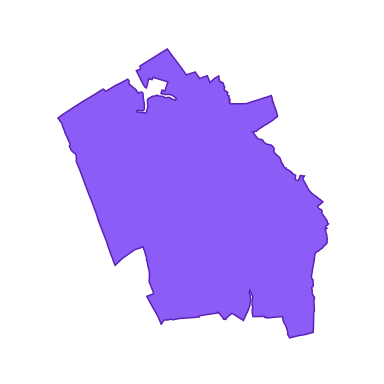 outline of Focuri, Iasi, Romania, rotated 11°
{"feature_id": "2599482B56275033874011", "entity_name": "Focuri", "entity_type": "district", "adm_level": 2, "iso_a3": "ROU", "parent_name": "Romania", "parent_adm1": "Iasi", "projection": "natural_earth1", "projection_center": [27.203, 47.342], "detail": "fine", "context": "isolated", "style": "filled", "palette": "violet", "viewbox_px": 384, "rotation_deg": 11, "n_neighbors": 0, "source": "geoboundaries", "source_scale": "gbopen_adm2", "svg_char_len": 6005}
<svg xmlns="http://www.w3.org/2000/svg" viewBox="0 0 384 384"><g transform="rotate(11 192 192)"><path d="M251.5,82.2L228.2,95.0L214.9,97.7L213.5,98.2L212.9,97.5L212.5,97.7L212.0,97.1L211.7,97.1L211.7,96.8L211.5,96.5L211.6,96.4L211.0,95.7L211.1,95.4L211.7,95.1L211.8,95.0L211.8,94.8L211.3,94.4L211.5,93.7L209.9,91.8L210.1,90.6L209.8,90.4L209.0,90.4L208.1,89.7L207.9,89.1L208.2,88.3L208.1,87.7L207.7,87.3L206.9,86.6L206.1,86.7L204.7,86.1L203.8,84.3L204.1,83.5L204.0,82.6L203.1,81.8L202.8,81.4L202.7,80.5L201.5,78.8L200.5,79.2L199.7,78.3L198.9,78.8L197.5,76.9L197.0,76.5L197.2,76.1L196.7,75.1L196.1,73.0L192.3,76.3L188.9,81.1L184.8,74.9L178.0,79.1L172.2,73.6L164.0,78.1L157.5,71.8L144.7,60.3L140.5,56.3L134.9,61.3L131.2,64.9L117.1,78.0L116.9,78.3L116.9,78.7L118.1,80.5L118.0,81.1L114.2,83.5L122.6,94.5L124.9,97.2L125.6,97.9L127.4,98.5L127.7,94.6L127.8,89.4L127.9,89.2L131.4,89.3L131.9,86.9L147.3,88.5L147.4,89.0L147.0,90.7L146.5,94.6L146.3,97.0L146.1,97.9L143.2,97.6L142.7,101.2L147.1,101.5L150.3,100.7L152.0,100.6L153.3,100.7L155.4,101.4L159.0,103.2L157.5,105.5L156.3,104.7L155.8,104.5L154.6,104.8L154.2,104.8L154.0,104.4L152.6,103.6L151.2,103.5L150.4,103.6L149.1,104.2L148.9,104.5L148.2,104.5L144.6,103.7L143.4,103.8L142.3,104.2L140.1,103.7L139.3,103.7L138.9,103.8L138.5,104.2L138.6,104.4L138.3,104.6L137.9,104.4L136.7,105.1L135.6,105.3L135.2,105.5L133.7,106.5L132.8,107.6L131.8,108.2L131.2,108.7L130.9,109.6L130.8,110.6L130.9,111.7L131.5,113.3L132.0,115.5L132.4,116.7L131.7,123.3L122.2,123.9L122.0,123.3L122.5,122.7L123.2,122.1L123.8,121.9L124.9,122.0L126.4,121.7L128.2,121.7L128.8,121.4L129.1,120.9L129.2,120.5L129.3,120.0L128.6,115.1L126.3,109.3L125.1,104.5L124.8,104.2L124.0,103.7L122.9,103.5L120.3,105.2L117.0,101.9L113.0,99.9L112.4,99.3L111.1,98.9L110.5,98.5L110.3,98.1L109.9,98.1L109.5,98.0L109.2,97.4L109.1,96.3L109.4,95.9L109.1,95.1L107.4,93.5L101.7,98.1L95.9,102.5L93.1,105.2L87.9,109.7L85.6,107.9L85.1,108.0L80.9,111.8L78.5,114.2L67.4,124.1L63.7,127.6L51.2,139.7L47.6,143.5L46.3,145.1L47.2,145.8L48.5,147.2L50.4,148.8L51.3,149.7L52.4,152.0L55.1,156.3L56.4,158.7L57.5,159.9L60.3,164.2L62.4,167.0L63.3,168.7L63.1,169.5L62.8,170.1L63.2,170.9L64.1,172.1L65.5,174.0L66.2,174.6L68.0,175.8L70.4,176.9L71.2,177.8L71.6,179.1L72.1,181.7L72.4,182.4L72.3,183.3L73.1,185.0L77.4,191.4L91.7,214.8L95.4,220.4L103.4,233.6L104.2,235.5L106.1,238.8L117.7,257.2L120.8,263.0L122.4,265.4L123.8,268.0L126.8,272.6L128.0,274.8L130.5,278.7L136.2,270.6L146.0,260.4L147.5,259.1L152.2,256.6L154.5,255.1L154.7,255.3L155.5,257.4L156.8,259.1L158.6,262.9L159.7,264.7L160.1,265.7L160.4,267.7L161.4,269.2L163.0,273.5L165.0,277.5L165.1,278.3L165.9,280.6L166.2,282.4L166.2,283.2L166.6,285.0L166.8,287.1L167.0,288.0L167.5,289.0L173.0,297.5L173.6,299.2L173.5,299.4L167.5,303.0L176.9,314.4L178.0,315.5L182.1,320.4L187.1,327.7L187.3,327.5L188.2,324.5L188.7,324.0L189.3,322.9L189.8,322.7L191.1,322.6L192.3,322.3L193.5,321.9L194.5,321.3L195.0,320.9L195.6,320.7L196.3,321.0L197.8,321.0L203.5,318.7L222.8,313.4L222.7,312.1L240.1,305.9L239.9,305.4L240.7,305.0L243.9,307.6L245.4,308.7L247.0,310.6L247.5,310.9L247.9,310.9L248.4,310.1L249.6,310.5L249.9,309.0L251.1,307.7L251.4,307.0L254.4,303.5L257.5,304.6L267.0,308.3L268.1,303.5L269.5,298.4L270.1,294.9L270.3,293.0L270.3,288.9L270.0,286.3L268.9,282.3L267.4,280.2L267.4,279.8L267.6,277.4L268.7,279.1L270.3,281.1L271.7,283.5L271.8,284.5L271.7,286.0L272.1,288.5L272.3,290.5L272.6,291.7L273.9,294.1L273.9,294.5L273.5,295.6L273.5,296.1L274.4,299.9L275.0,300.8L275.5,302.6L276.1,302.6L286.9,300.3L287.2,300.4L287.4,301.2L289.8,300.8L289.8,301.3L301.0,298.0L301.2,297.8L304.7,297.1L305.2,299.0L306.4,301.4L307.6,303.3L308.6,304.2L310.9,307.5L312.7,311.2L312.9,312.1L312.9,313.2L313.0,313.6L313.5,314.1L314.1,314.5L315.4,316.3L315.6,316.6L324.2,312.6L329.7,310.6L337.7,306.7L337.0,301.5L334.5,287.0L334.5,286.2L334.8,285.6L334.7,284.6L332.4,275.6L332.4,272.3L332.0,271.5L330.7,270.5L330.1,269.5L329.3,268.5L328.9,267.4L329.2,266.6L329.1,266.1L328.2,264.7L328.2,264.1L328.1,263.7L327.7,263.0L327.7,262.8L328.8,261.5L329.0,260.9L328.7,259.7L328.3,258.9L328.1,258.3L328.1,256.9L327.3,254.9L326.1,254.0L325.7,253.4L325.3,252.2L325.2,246.5L325.1,245.9L324.9,245.9L324.7,245.6L325.1,244.8L325.0,242.2L325.0,234.9L324.7,232.6L324.5,229.3L325.7,227.0L326.0,226.7L327.1,226.3L328.4,224.3L329.9,223.1L331.6,220.6L332.0,219.7L333.4,218.0L334.3,216.0L333.8,213.9L333.7,212.1L333.6,211.7L333.0,210.5L332.9,210.0L332.7,209.3L332.7,208.8L332.1,207.6L331.5,206.9L330.9,205.3L330.6,205.0L330.7,204.4L330.4,203.7L329.9,203.3L329.7,202.8L331.4,202.0L329.7,200.6L332.1,197.2L331.2,196.8L330.8,196.4L330.5,195.4L330.0,194.3L325.1,189.5L323.4,188.4L323.5,186.5L323.1,185.5L322.5,184.9L321.9,184.6L320.7,184.3L319.1,183.5L318.2,182.6L317.9,182.1L318.1,182.0L319.9,180.0L322.4,176.8L319.0,174.8L318.0,174.5L315.3,173.0L313.8,172.4L310.1,170.5L307.3,168.6L304.7,166.0L304.2,165.1L299.3,159.2L298.3,157.8L298.2,157.4L299.3,154.8L298.6,154.8L298.0,155.2L297.6,155.2L297.0,155.0L296.1,154.9L294.9,155.5L294.7,158.0L294.5,158.8L294.3,160.0L294.2,160.2L293.0,160.5L291.8,160.5L291.2,159.9L290.8,159.0L290.5,155.8L288.5,155.2L288.4,155.3L286.1,154.2L286.4,153.8L285.3,153.1L283.5,152.6L282.3,151.9L280.7,151.6L279.7,150.9L279.7,150.5L279.2,150.7L278.3,150.5L277.8,150.2L276.7,148.7L276.6,148.3L275.6,147.4L275.4,147.1L274.8,146.5L274.0,145.5L272.4,142.7L271.6,141.6L268.8,139.8L267.5,139.2L265.4,137.5L264.3,136.0L264.3,135.6L264.6,135.2L264.5,134.5L264.0,133.2L263.2,132.4L262.0,131.5L260.7,130.8L257.4,130.7L256.4,131.0L256.2,130.9L253.3,129.4L252.6,128.9L251.5,127.6L251.3,127.5L249.7,127.2L247.5,127.4L247.0,127.3L245.4,126.3L244.3,125.2L242.7,123.8L241.1,122.1L240.6,121.7L240.1,121.6L242.2,120.5L243.5,120.1L245.6,117.4L248.9,114.4L250.4,112.7L251.3,111.9L252.4,111.3L253.4,110.2L257.1,106.7L259.5,103.8L261.0,102.3L261.5,101.6L261.5,101.4L261.2,100.4L257.7,93.6L256.0,91.6L255.7,90.2L254.8,89.2L254.8,88.7L254.5,87.9L253.3,87.0L253.3,86.1L253.1,85.3L251.5,82.2Z" fill="#8b5cf6" stroke="#5b21b6" stroke-width="1.5"/></g></svg>